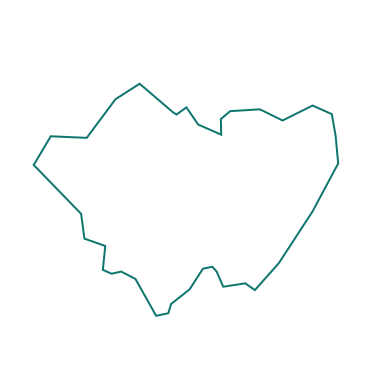 outline of Milton Keynes, rotated 260°
{"feature_id": "GBR-2038", "entity_name": "Milton Keynes", "entity_type": "Unitary Authority", "adm_level": 1, "iso_a3": "GBR", "parent_name": "United Kingdom", "parent_adm1": "", "projection": "orthographic", "projection_center": [-0.733, 52.07], "detail": "fine", "context": "isolated", "style": "outline", "palette": "teal", "viewbox_px": 384, "rotation_deg": 260, "n_neighbors": 0, "source": "natural_earth", "source_scale": "10m", "svg_char_len": 607}
<svg xmlns="http://www.w3.org/2000/svg" viewBox="0 0 384 384"><g transform="rotate(260 192 192)"><path d="M222.2,343.2L194.7,340.9L152.1,307.5L106.8,265.1L84.5,236.9L92.8,228.6L93.3,206.3L109.2,202.5L114.8,199.1L114.6,189.5L96.5,172.7L85.4,152.0L76.7,147.6L76.3,135.2L116.2,121.2L125.9,108.5L125.5,98.6L130.8,90.7L153.9,97.2L164.7,78.0L189.8,79.0L246.1,40.8L271.4,62.6L263.6,97.7L296.7,132.8L307.7,159.2L273.8,187.1L271.0,190.2L276.3,201.2L257.3,209.8L243.4,230.7L258.8,233.1L265.0,243.7L261.6,273.3L246.7,293.6L256.2,325.8L244.4,343.2L222.2,343.2Z" fill="none" stroke="#0f766e" stroke-width="2"/></g></svg>